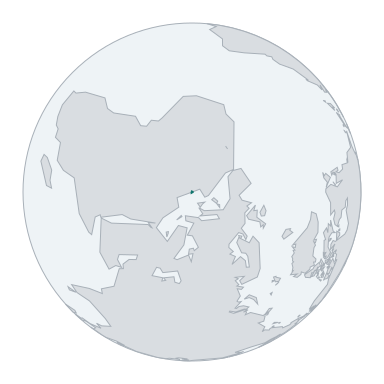 the Earth from above Tajura' wa an Nawahi al Arba, rotated 135°
{"feature_id": "LBY-2978", "entity_name": "Tajura' wa an Nawahi al Arba", "entity_type": "Municipality", "adm_level": 1, "iso_a3": "LBY", "parent_name": "Libya", "parent_adm1": "", "projection": "orthographic", "projection_center": [13.403, 32.626], "detail": "fine", "context": "on_globe", "style": "filled", "palette": "teal", "viewbox_px": 384, "rotation_deg": 135, "n_neighbors": 0, "source": "natural_earth", "source_scale": "10m", "svg_char_len": 10009}
<svg xmlns="http://www.w3.org/2000/svg" viewBox="0 0 384 384"><g transform="rotate(135 192 192)"><circle cx="192" cy="192" r="169" fill="#eef3f6" stroke="#a8b0b8"/><path d="M114.3,42.0L115.3,41.4L121.4,38.5L124.6,37.1L144.0,30.6L164.6,25.9L169.8,24.7L169.7,25.1L176.9,23.7L179.6,23.5L178.0,23.6L177.5,23.8L184.9,23.2L186.0,23.3L190.2,23.3L190.8,23.6L184.4,24.3L184.7,24.7L189.9,24.3L193.8,24.8L186.1,25.1L192.2,26.1L182.6,28.5L161.5,30.9L156.9,34.0L137.1,41.9L139.6,42.1L133.7,45.8L134.4,47.6L130.5,49.0L134.5,49.2L137.9,47.7L140.8,47.4L141.5,48.4L136.7,50.2L135.6,49.9L134.6,51.0L131.8,51.6L133.6,51.9L127.7,54.2L134.6,53.5L130.7,56.8L126.5,57.9L125.6,55.7L113.7,54.2L109.2,55.5L103.6,59.1L95.9,70.1L91.4,72.7L86.3,77.8L89.4,77.1L94.4,72.9L98.8,73.3L104.5,68.7L107.2,68.4L113.5,64.9L113.9,67.9L110.9,72.8L105.6,76.1L104.1,78.5L110.2,77.7L101.5,86.5L97.6,97.3L95.1,99.6L88.4,99.2L85.6,92.9L76.9,94.2L83.9,96.1L77.7,102.5L77.3,104.8L78.4,106.3L81.3,105.1L79.5,108.1L71.9,106.8L73.4,104.1L75.8,104.4L74.4,101.7L69.3,101.7L66.6,105.3L61.6,102.8L59.6,105.5L57.5,106.8L61.0,102.5L54.5,110.4L48.3,111.4L39.5,126.0L46.7,111.2L48.4,106.6L49.7,102.8L48.1,105.0L51.9,98.0L51.7,97.9L58.8,88.0L66.6,78.8L75.0,70.1L84.1,62.0L93.7,54.6L103.8,47.9L114.3,42.0ZM38.5,121.5L38.7,120.9L37.5,124.4L34.4,131.1L38.5,121.5ZM32.0,137.8L30.2,144.1L27.5,153.4L25.9,161.0L25.6,163.6L25.0,170.2L26.3,167.3L27.6,168.9L25.8,177.2L27.9,172.3L27.7,179.0L31.4,188.3L30.7,189.4L33.5,207.4L39.6,220.4L41.0,228.5L40.0,231.2L42.8,235.3L42.9,237.8L56.6,253.4L65.8,265.5L67.0,273.8L62.2,278.7L64.6,294.4L57.9,291.9L60.8,297.4L62.5,300.5L54.7,290.5L47.7,279.9L41.6,268.9L36.2,257.4L31.8,245.6L28.2,233.5L25.6,221.1L23.9,208.6L23.1,195.9L23.3,183.3L23.4,181.6L24.9,168.9L25.3,165.3L24.8,167.4L25.1,165.6L28.0,151.5L32.0,137.8ZM37.0,130.3L33.7,146.3L33.1,141.9L33.7,141.6L35.0,136.5L36.7,129.6L36.9,126.6L37.0,130.3ZM40.9,126.6L41.3,124.5L41.3,126.0L40.9,126.6ZM125.5,36.7L121.4,38.5L117.4,40.4L125.5,36.7ZM137.2,32.2L135.4,32.9L132.0,34.1L134.1,33.3L137.2,32.2ZM173.2,24.1L169.4,24.6L172.7,24.1L173.2,24.1ZM190.7,23.3L191.4,23.2L193.3,23.3L190.7,23.3ZM112.9,63.5L113.2,64.2L111.8,64.5L112.9,63.5ZM115.4,61.5L113.6,61.4L114.5,60.4L115.6,60.5L115.4,61.5ZM195.9,23.9L198.7,24.3L194.8,24.0L195.9,23.9ZM117.3,61.9L116.4,58.7L118.0,57.1L123.5,56.2L117.3,61.9ZM199.6,24.5L206.3,25.8L208.6,25.6L206.1,27.4L201.1,25.4L196.0,25.0L199.3,24.9L199.6,24.5ZM138.6,46.8L135.0,48.5L137.4,46.2L138.6,46.8ZM139.4,45.4L142.4,39.6L148.1,37.9L146.0,40.1L152.8,37.4L154.1,39.4L150.6,41.3L146.7,41.9L150.2,42.2L139.4,45.4ZM203.6,28.4L204.3,29.0L202.3,28.5L203.6,28.4ZM142.1,47.1L142.2,45.9L147.1,44.3L147.8,46.3L146.0,46.2L142.1,47.1ZM153.9,35.9L157.7,35.3L159.8,36.6L161.6,36.6L154.6,39.3L153.9,35.9ZM145.3,47.1L148.0,47.5L146.4,49.2L142.3,48.1L145.3,47.1ZM148.1,43.1L150.5,42.5L149.4,43.5L148.1,43.1ZM142.1,56.2L142.1,54.6L144.7,53.5L142.1,56.2ZM149.2,47.5L149.8,46.9L150.8,46.4L152.2,47.1L149.2,47.5ZM156.6,40.2L156.6,41.0L159.5,39.1L161.2,40.3L156.2,42.0L159.1,41.8L159.6,42.1L155.0,43.1L156.6,40.2ZM156.8,46.3L151.0,49.2L150.4,52.3L148.1,53.3L149.5,48.2L156.8,46.3ZM156.1,44.3L156.0,45.7L153.2,46.0L151.5,45.3L156.1,44.3ZM164.1,40.6L162.8,38.3L164.0,38.1L164.1,40.6ZM157.1,47.1L158.5,46.4L157.4,47.3L157.1,47.1ZM162.6,42.4L162.0,41.6L163.3,41.3L162.6,42.4ZM161.8,45.8L159.9,46.7L158.7,46.1L161.8,45.8ZM162.6,44.2L164.5,44.0L159.4,45.4L162.1,43.8L162.6,44.2ZM163.9,42.3L164.5,41.9L164.0,42.7L163.9,42.3ZM167.3,47.6L161.1,49.5L158.5,48.1L164.9,46.4L167.3,47.6ZM254.9,35.2L248.4,33.4L229.7,29.0L237.6,30.6L236.8,30.9L240.3,32.1L245.8,33.5L245.8,33.2L259.7,40.6L275.0,48.2L271.5,44.9L273.6,45.2L287.8,53.2L310.5,72.4L313.6,74.7L316.6,77.9L320.3,82.2L316.0,77.6L315.9,78.1L312.9,75.2L317.3,81.1L313.2,77.2L318.7,84.2L321.3,86.1L318.9,82.0L325.4,90.3L328.3,92.6L333.4,99.5L344.1,118.7L348.0,129.2L349.2,132.1L348.3,131.8L350.9,140.2L355.5,149.8L356.6,154.2L359.0,168.0L358.4,164.9L356.1,164.1L358.3,175.7L360.2,179.0L360.9,187.5L360.7,188.3L359.6,181.2L358.7,180.7L357.1,171.0L352.7,160.0L352.3,166.7L350.5,161.2L344.4,154.4L342.8,163.8L341.5,187.4L344.4,202.2L342.6,211.6L332.8,196.4L327.2,183.6L324.5,187.6L313.8,180.5L297.7,189.2L294.7,186.3L291.8,189.8L284.2,188.8L279.3,183.7L275.0,185.9L287.8,199.3L292.4,197.0L295.1,188.5L297.9,193.9L305.2,196.1L299.7,214.6L274.6,237.8L271.0,227.0L246.0,200.0L246.1,196.1L245.9,195.7L245.6,195.0L244.5,201.5L239.8,195.9L254.4,216.2L257.3,225.4L274.3,238.6L273.0,240.8L278.1,242.8L293.1,232.8L293.4,236.6L287.0,256.5L265.3,285.3L267.6,298.3L264.9,309.7L250.0,320.0L249.9,327.2L242.0,331.3L240.6,335.3L233.4,340.3L222.0,345.3L204.1,347.0L204.1,344.0L196.7,337.9L187.0,320.1L192.7,310.8L191.5,303.3L178.4,285.5L181.4,275.2L177.6,270.6L170.0,271.5L165.5,265.9L160.8,265.5L130.6,265.8L120.8,256.9L107.8,231.3L112.8,223.1L112.7,211.9L146.6,178.6L154.9,181.8L182.9,177.9L186.6,179.3L184.5,188.5L206.5,198.6L212.1,190.6L230.8,194.3L242.4,192.0L244.4,174.5L225.3,177.9L220.8,170.1L235.2,160.3L251.7,157.8L250.4,154.7L239.0,149.9L241.8,143.2L234.9,147.7L238.5,150.4L234.3,153.5L230.8,151.3L231.9,148.9L226.6,148.4L222.7,160.7L225.8,164.8L212.7,168.7L216.7,176.0L213.5,179.9L205.5,169.2L205.5,164.9L191.5,153.7L190.3,158.4L203.4,169.5L199.8,168.9L198.3,176.1L196.5,170.1L182.5,157.4L169.9,160.3L155.7,177.4L148.0,178.3L140.7,174.0L144.1,156.3L161.0,156.4L162.4,150.8L157.5,142.3L163.1,143.3L163.1,140.1L169.4,139.9L176.7,132.3L182.8,131.5L184.2,121.8L187.6,120.3L185.7,126.3L187.7,130.3L202.7,128.9L205.2,126.7L204.9,120.7L209.1,121.3L206.9,115.7L214.9,112.5L203.4,112.0L202.8,105.7L206.8,100.4L204.5,98.4L198.0,107.1L197.3,110.7L199.9,113.9L196.1,124.6L191.2,126.7L187.4,115.6L180.1,117.6L180.4,108.7L197.9,89.7L205.9,85.7L222.1,91.5L221.0,95.6L214.7,95.4L221.8,101.1L220.6,97.9L224.1,98.7L224.4,93.4L226.8,93.8L222.9,88.3L226.0,88.2L228.4,91.6L231.4,84.3L237.4,83.0L236.9,81.2L234.7,79.8L243.7,79.4L242.9,78.2L239.7,77.8L236.0,75.1L233.1,70.5L236.4,70.7L237.9,72.3L246.0,76.3L249.5,81.1L250.5,80.8L248.3,76.7L238.4,71.7L235.7,69.0L240.6,70.7L238.6,69.8L238.3,68.5L241.1,67.5L235.8,65.4L228.0,52.6L232.6,49.9L237.8,52.5L235.8,45.2L241.1,43.6L238.1,43.1L235.1,39.9L233.4,40.3L231.8,39.8L223.3,32.9L223.9,31.8L216.8,29.1L215.2,29.0L214.4,29.6L206.1,27.4L208.6,25.6L212.0,25.9L211.2,25.0L219.1,26.0L225.2,26.9L234.2,29.3L238.3,30.1L237.5,29.7L242.5,30.8L253.0,34.4L254.9,35.2ZM136.4,197.3L135.8,200.7L136.4,197.3ZM270.3,163.8L279.4,161.1L273.3,152.0L276.3,150.4L273.1,148.1L272.8,151.4L264.7,144.8L267.9,140.3L265.7,136.2L262.5,136.9L258.0,146.3L269.6,155.6L268.4,160.6L270.3,163.8ZM31.6,188.5L31.8,191.2L31.1,189.7L31.6,188.5ZM31.8,144.5L31.7,146.6L31.2,148.9L31.0,147.8L31.8,144.5ZM34.0,161.1L34.5,164.0L33.4,162.3L34.0,161.1ZM33.4,148.6L33.5,159.0L31.6,156.8L31.7,150.4L32.4,152.9L33.4,148.6ZM38.4,130.2L38.1,132.0L37.3,133.1L38.4,130.2ZM40.9,127.7L40.8,127.4L41.5,125.6L40.9,127.7ZM78.2,102.5L78.8,102.7L79.3,104.7L77.9,104.7L78.2,102.5ZM88.8,108.8L85.7,113.5L86.9,110.0L84.3,110.6L83.8,104.5L93.9,100.4L89.4,103.2L88.8,108.8ZM85.8,95.7L85.1,99.7L85.5,95.5L85.8,95.7ZM157.4,123.9L160.0,126.0L158.3,129.6L150.6,131.8L152.9,126.4L157.4,123.9ZM164.0,128.3L162.4,117.4L167.2,116.0L164.8,118.5L168.1,118.7L165.1,122.9L171.2,132.7L170.1,136.7L156.4,137.9L161.5,135.1L158.7,133.0L164.0,128.3ZM149.9,95.8L149.3,92.1L160.4,93.7L159.7,97.0L152.0,99.1L148.2,96.4L149.9,95.8ZM127.2,61.4L126.3,60.7L127.6,60.1L129.5,60.2L127.2,61.4ZM141.9,55.5L132.8,64.4L131.2,63.9L127.8,70.3L122.3,71.5L124.7,67.2L118.0,73.2L118.0,69.9L113.8,74.2L119.8,64.6L119.5,62.1L121.9,64.3L126.9,63.2L129.0,61.9L134.7,56.9L136.6,51.5L141.9,49.9L145.1,50.3L145.5,51.3L141.9,51.9L145.0,52.8L140.1,54.6L141.9,55.5ZM180.0,60.4L175.7,59.7L180.9,63.8L176.1,64.8L177.0,65.2L174.0,67.3L171.9,70.8L169.5,70.8L169.7,72.2L167.8,73.8L167.2,75.7L162.8,76.6L161.8,79.2L160.3,78.1L159.8,82.4L158.2,79.7L155.4,81.8L158.4,83.3L135.8,85.2L127.5,88.8L121.5,93.5L119.6,88.8L124.0,81.6L131.5,74.4L139.8,71.9L137.4,70.5L140.6,68.9L141.1,70.7L142.3,67.1L145.1,66.4L151.8,61.3L151.7,57.0L154.2,55.2L155.6,56.5L157.1,53.9L161.5,55.3L163.3,54.1L169.5,54.6L171.2,58.2L173.2,56.7L178.0,57.3L180.0,60.4ZM169.0,47.8L172.1,51.4L171.0,53.9L160.7,52.1L158.4,52.9L151.7,52.3L153.5,48.9L155.2,49.3L157.3,49.0L155.9,50.2L158.6,49.0L161.1,49.7L163.9,49.0L164.1,50.3L169.0,47.8ZM190.1,175.8L192.8,176.1L196.9,175.4L196.0,180.2L190.1,175.8ZM180.3,167.3L182.7,166.6L183.5,172.6L180.6,172.5L180.3,167.3ZM183.4,161.4L182.8,166.1L181.4,163.5L183.4,161.4ZM187.9,125.5L190.3,124.7L190.8,126.0L189.8,128.2L187.9,125.5ZM194.5,74.2L192.2,73.0L192.8,72.3L190.4,68.4L193.8,67.5L196.6,69.6L194.5,74.2ZM241.6,178.0L238.6,181.9L236.7,180.7L238.1,179.6L241.6,178.0ZM216.5,181.7L222.6,183.1L216.2,183.0L216.5,181.7ZM197.8,72.7L196.4,71.1L199.0,71.7L197.8,72.7ZM196.2,66.8L199.1,67.1L194.0,67.0L196.2,66.8ZM290.3,299.5L277.0,320.7L270.0,323.2L269.9,318.7L275.7,306.7L284.1,300.7L288.6,294.0L290.3,299.5ZM360.7,202.2L358.5,191.2L359.4,188.3L361.0,190.9L360.7,202.2ZM345.0,203.2L347.9,209.5L346.6,212.7L345.0,203.2ZM350.9,136.0L351.5,138.9L350.7,137.0L349.4,132.2L350.9,136.0ZM224.8,66.3L224.4,72.4L226.2,76.9L230.8,79.3L224.2,78.8L221.2,71.9L224.8,66.3ZM227.3,54.2L223.2,52.5L225.0,51.8L226.2,52.1L227.3,54.2ZM224.8,54.2L219.7,55.0L217.5,53.2L221.9,52.9L224.8,54.2ZM208.9,63.2L208.5,64.9L206.4,64.3L208.9,63.2ZM289.1,53.7L284.5,50.6L283.4,49.9L289.1,53.7ZM281.6,48.7L282.5,49.4L271.3,44.2L268.2,42.8L275.4,45.2L276.7,46.1L279.9,47.9L281.6,48.7ZM205.9,28.8L204.4,28.9L204.9,28.5L205.9,28.8ZM230.9,40.2L228.7,39.5L229.3,38.8L230.9,40.2ZM222.9,37.4L223.8,38.6L221.5,37.3L222.9,37.4ZM226.0,41.6L223.5,39.1L227.8,41.6L226.0,41.6Z" fill="#d9dde1" stroke="#a8b0b8" stroke-width="1"/><path d="M191.3,191.3L191.3,191.2L191.5,191.1L191.9,191.2L192.4,191.5L192.5,191.5L193.0,191.5L193.3,191.6L193.2,191.7L193.0,192.0L192.8,192.0L192.7,192.0L192.4,192.2L192.1,192.3L192.0,192.6L191.9,192.8L191.6,192.9L191.5,192.7L191.4,192.2L191.4,191.9L191.2,191.7L191.3,191.5L191.3,191.3L191.3,191.3Z" fill="#14b8a6" stroke="#0f766e" stroke-width="1.5"/></g></svg>